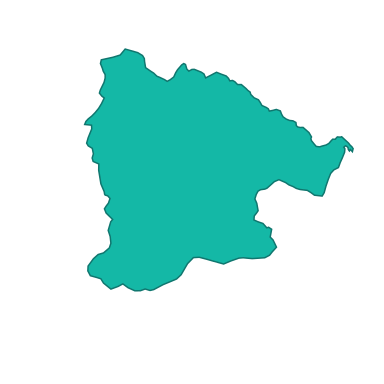 the district of Kota Marudu, Sabah, Malaysia, rotated 112°
{"feature_id": "92858781B52597028656426", "entity_name": "Kota Marudu", "entity_type": "district", "adm_level": 2, "iso_a3": "MYS", "parent_name": "Malaysia", "parent_adm1": "Sabah", "projection": "natural_earth1", "projection_center": [116.764, 6.454], "detail": "fine", "context": "isolated", "style": "filled", "palette": "teal", "viewbox_px": 384, "rotation_deg": 112, "n_neighbors": 0, "source": "geoboundaries", "source_scale": "gbopen_adm2", "svg_char_len": 2701}
<svg xmlns="http://www.w3.org/2000/svg" viewBox="0 0 384 384"><g transform="rotate(112 192 192)"><path d="M96.7,315.8L103.4,325.6L107.2,325.0L110.8,321.5L113.2,319.6L115.7,316.5L118.9,315.2L123.3,314.6L127.6,314.9L131.7,315.2L135.0,314.9L136.9,311.5L137.7,308.6L144.0,309.0L149.4,309.9L154.6,311.5L159.2,313.4L163.1,315.6L166.3,316.8L169.6,316.8L168.5,313.0L167.7,310.2L171.0,308.6L176.4,308.6L180.5,308.6L186.2,308.0L188.1,305.5L188.9,300.8L193.6,297.7L197.9,297.3L200.7,295.1L200.9,288.9L206.7,286.7L218.6,279.5L224.6,273.5L226.8,272.2L227.4,271.3L227.1,268.8L228.7,265.6L233.6,265.3L237.2,266.3L240.4,266.9L243.7,263.7L247.2,255.3L250.0,256.2L259.0,255.3L263.9,251.2L269.9,248.0L274.8,247.7L281.6,251.2L285.1,255.6L290.8,258.4L299.6,260.6L304.2,259.0L307.7,254.9L306.9,248.0L306.6,244.0L309.6,239.9L312.4,230.8L307.2,225.1L303.1,221.7L304.7,215.4L305.0,207.9L302.8,202.8L299.5,199.1L299.1,194.9L299.0,194.0L296.8,190.9L288.6,184.0L283.7,179.0L278.4,173.7L272.8,171.1L260.1,169.3L252.3,166.1L249.8,160.8L248.8,153.0L248.1,146.2L246.9,135.7L241.5,130.3L235.7,123.7L233.8,119.9L231.2,111.2L225.7,99.9L221.6,96.4L217.5,95.2L211.5,93.0L206.1,98.9L204.5,102.6L196.7,104.2L196.0,107.8L197.2,109.2L194.6,114.4L194.9,120.1L194.7,124.1L190.9,125.3L187.4,124.3L184.6,123.7L178.2,127.7L174.9,131.1L170.2,131.5L166.5,131.1L164.2,129.3L162.0,125.5L160.4,123.9L156.4,121.9L151.5,119.5L148.0,116.0L148.2,108.8L149.1,104.8L149.1,100.4L149.6,96.6L149.2,92.7L149.0,92.0L147.3,85.7L148.0,81.5L149.1,77.3L147.0,69.8L143.1,69.2L136.3,70.0L129.0,70.4L122.9,70.4L118.4,68.8L114.5,65.4L109.1,65.6L104.4,65.4L98.0,65.4L94.7,66.4L93.6,68.0L91.7,67.0L91.7,65.8L91.7,65.6L92.4,64.0L94.0,63.0L94.8,61.8L95.0,61.4L93.3,61.2L94.3,58.8L94.5,58.4L91.8,58.8L91.5,58.8L90.1,60.8L89.3,63.0L88.0,65.2L84.7,73.9L85.6,75.1L86.5,77.9L88.0,78.5L89.4,78.9L90.3,81.3L92.1,82.1L95.7,83.3L98.2,85.3L100.9,88.9L102.3,90.5L103.2,93.9L101.6,97.0L99.7,100.4L98.0,101.8L96.2,101.8L93.1,105.8L90.5,113.2L91.7,116.0L92.1,118.4L91.4,120.1L88.6,121.7L88.2,125.1L89.1,128.3L89.1,131.9L88.2,135.7L86.3,138.1L83.7,140.5L83.9,144.8L85.9,147.4L88.0,150.6L86.3,152.4L85.8,154.6L85.6,159.6L83.3,162.4L81.6,165.0L81.4,169.7L79.5,174.1L77.6,175.5L76.9,178.3L75.8,180.7L73.9,186.5L75.3,190.0L73.7,193.6L73.4,196.2L74.8,198.6L72.9,200.8L71.6,203.8L71.8,209.2L71.8,214.1L74.1,216.1L76.5,218.1L81.1,222.1L78.1,225.1L77.4,228.3L77.4,235.8L78.4,238.0L81.1,240.2L80.0,242.8L76.2,245.8L76.0,247.8L78.1,249.2L84.0,251.2L87.5,251.8L92.2,252.0L96.1,254.3L98.7,256.5L98.1,259.5L97.8,264.9L97.8,267.9L96.1,272.1L95.5,275.4L94.1,281.6L88.9,284.8L86.1,286.2L84.0,289.0L83.1,294.5L84.5,307.5L91.9,309.9L96.7,315.8Z" fill="#14b8a6" stroke="#0f766e" stroke-width="1.5"/></g></svg>